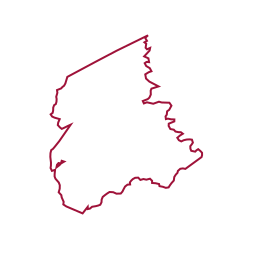 Jacuizinho, Rio Grande do Sul, Brazil (Robinson projection), rotated 286°
{"feature_id": "56859067B82489470998478", "entity_name": "Jacuizinho", "entity_type": "district", "adm_level": 2, "iso_a3": "BRA", "parent_name": "Brazil", "parent_adm1": "Rio Grande do Sul", "projection": "robinson", "projection_center": [-53.024, -29.051], "detail": "fine", "context": "isolated", "style": "outline", "palette": "rose", "viewbox_px": 256, "rotation_deg": 286, "n_neighbors": 0, "source": "geoboundaries", "source_scale": "gbopen_adm2", "svg_char_len": 2246}
<svg xmlns="http://www.w3.org/2000/svg" viewBox="0 0 256 256"><g transform="rotate(286 128 128)"><path d="M131.8,194.4L134.4,192.7L134.1,190.5L133.1,187.6L131.6,184.9L129.8,182.9L130.3,180.3L132.2,178.1L135.2,180.1L137.6,182.3L138.5,180.0L137.9,177.5L137.7,174.6L139.0,172.5L138.7,169.0L141.2,166.5L143.4,166.0L147.1,170.7L149.0,170.2L148.2,166.9L148.0,163.8L147.0,162.0L149.5,160.9L151.5,161.6L154.8,161.0L156.9,162.6L161.4,163.6L163.7,160.8L161.8,153.3L161.8,150.5L158.3,145.6L157.9,139.1L156.0,136.5L158.0,134.8L161.2,139.0L163.1,140.2L166.4,140.7L170.2,139.5L172.3,139.7L176.4,145.9L178.5,135.7L180.5,131.7L184.3,129.8L187.3,132.5L189.0,134.9L191.5,132.5L192.6,128.4L194.9,126.2L196.6,127.6L197.1,130.1L200.6,128.4L201.3,123.8L208.4,127.4L211.1,127.2L208.9,124.6L210.0,122.8L214.0,122.3L214.9,120.2L217.0,122.2L219.3,119.7L222.6,121.7L199.0,95.6L183.1,79.0L160.4,55.6L153.5,55.5L151.0,54.9L149.4,53.7L147.6,52.8L144.9,49.3L142.4,50.4L138.2,50.4L136.2,51.4L133.5,52.0L131.1,52.0L129.6,50.7L127.0,50.5L124.3,51.2L121.8,51.4L119.8,49.9L118.1,51.9L117.7,54.5L117.7,56.9L117.7,59.9L114.1,59.4L111.5,59.7L109.8,62.4L108.9,64.6L110.8,66.8L113.1,69.3L115.4,72.0L96.3,65.5L89.6,62.7L87.2,61.6L85.6,60.3L82.5,60.4L78.8,61.3L75.9,62.5L73.5,63.5L70.5,64.3L68.2,64.6L65.8,66.7L67.7,69.4L63.4,70.2L61.2,70.8L59.3,72.2L56.5,76.5L54.2,78.2L50.8,79.1L47.1,79.1L45.1,82.4L43.0,83.4L39.3,86.5L36.7,86.9L35.6,90.3L33.4,107.9L41.1,111.0L39.0,111.7L40.0,113.6L42.4,115.2L44.0,118.6L45.3,120.8L46.6,122.5L49.3,123.0L51.9,122.4L54.8,122.7L57.2,124.4L59.4,126.1L61.4,127.9L62.2,131.5L61.7,135.0L63.0,139.1L65.4,140.2L67.7,140.6L70.9,141.3L73.4,143.1L74.3,145.6L76.2,144.8L78.3,145.6L80.2,146.7L82.1,148.6L83.1,151.5L81.5,154.2L83.2,156.9L83.4,159.9L85.3,163.1L83.9,165.7L81.8,166.3L82.5,169.7L82.7,173.3L80.8,174.3L81.1,177.7L80.9,180.8L82.1,183.4L84.5,184.1L87.0,185.0L90.1,186.5L93.7,186.0L96.4,186.8L98.5,187.9L100.5,187.8L103.2,189.5L104.3,191.9L104.5,194.4L120.3,206.7L122.3,206.7L124.6,206.0L125.7,204.2L127.0,201.3L125.5,200.0L123.8,199.1L123.5,195.1L125.3,193.7L127.7,192.9L129.9,193.8L131.8,194.4ZM75.4,73.3L73.5,72.4L70.4,70.1L73.1,69.9L75.2,70.9L75.4,73.3ZM75.4,73.3L78.2,73.3L78.1,75.9L75.4,73.3Z" fill="none" stroke="#9f1239" stroke-width="2"/></g></svg>